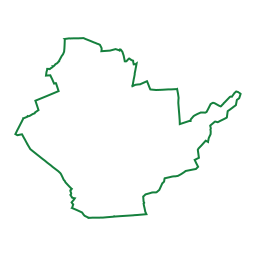 Bukaišu pag., Tervetes, Latvia (Mercator projection)
{"feature_id": "27541924B52538484652189", "entity_name": "Bukaišu pag.", "entity_type": "district", "adm_level": 2, "iso_a3": "LVA", "parent_name": "Latvia", "parent_adm1": "Tervetes", "projection": "mercator", "projection_center": [23.227, 56.415], "detail": "fine", "context": "isolated", "style": "outline", "palette": "green", "viewbox_px": 256, "rotation_deg": 0, "n_neighbors": 0, "source": "geoboundaries", "source_scale": "gbopen_adm2", "svg_char_len": 5153}
<svg xmlns="http://www.w3.org/2000/svg" viewBox="0 0 256 256"><path d="M53.3,66.2L53.4,66.3L53.0,66.6L52.5,67.0L52.1,67.4L51.8,67.6L51.5,67.8L51.2,68.0L50.8,68.2L50.0,68.9L49.9,68.8L49.4,69.1L48.5,68.9L47.2,68.9L47.1,70.0L46.5,71.9L46.0,75.6L47.1,75.5L50.3,75.3L50.7,76.3L50.8,76.3L51.2,77.2L52.1,79.0L53.0,81.1L54.1,83.6L55.9,83.1L56.0,83.2L58.6,91.1L46.9,96.0L35.4,100.7L37.1,105.8L38.5,110.1L38.2,110.3L35.1,112.4L35.0,112.5L34.7,113.3L32.8,114.0L32.1,114.4L30.5,115.4L29.6,115.9L28.2,116.3L27.8,116.2L27.6,116.1L27.4,116.4L27.3,116.6L27.1,116.8L26.9,117.0L26.7,117.0L23.8,118.2L23.6,118.2L23.4,118.3L23.2,118.3L23.2,118.6L23.1,118.9L21.2,122.7L21.1,122.8L20.0,125.0L18.6,127.7L18.5,127.9L18.5,128.0L17.6,129.6L15.4,134.1L17.2,135.1L17.4,135.2L17.6,135.2L19.8,134.7L22.0,134.3L22.6,135.4L23.4,136.9L24.4,138.7L24.9,139.5L25.2,140.1L26.2,142.0L26.7,142.9L27.1,143.6L27.2,143.9L27.3,143.9L27.9,145.1L29.0,146.9L29.8,148.3L30.2,149.0L30.3,149.1L30.5,149.3L31.0,149.7L31.5,150.1L32.1,150.6L34.6,152.6L37.1,154.6L38.9,156.0L40.5,157.3L42.8,159.1L44.8,160.6L47.3,162.7L51.0,165.5L52.6,166.9L58.0,171.0L58.5,171.4L58.8,171.7L60.3,173.1L61.0,174.1L62.8,177.8L63.7,179.8L64.1,180.3L64.5,180.6L64.9,181.2L65.1,181.7L65.6,182.5L68.0,185.1L69.6,186.8L70.6,187.8L71.4,188.6L71.7,188.8L70.9,189.7L71.1,189.8L70.3,190.8L71.2,193.3L71.1,194.0L70.4,194.9L71.9,197.2L71.9,197.4L72.1,197.4L73.0,198.0L74.8,198.3L74.0,199.5L72.1,201.8L71.6,202.4L72.5,203.7L73.2,204.4L72.1,207.9L72.0,208.0L72.7,208.3L75.8,209.6L77.6,210.4L81.7,212.3L81.9,212.4L82.1,212.5L83.6,214.7L83.8,214.9L84.5,215.7L84.7,215.8L84.8,215.9L88.1,217.5L88.6,217.6L88.6,217.9L92.0,217.7L95.8,217.7L102.0,217.6L102.8,217.6L107.2,217.2L113.4,216.7L113.6,216.6L113.9,216.4L114.0,216.6L119.5,216.2L130.4,215.5L133.5,215.3L133.9,215.2L137.1,215.0L146.4,214.2L145.2,211.5L145.2,211.2L144.4,207.4L144.3,207.1L143.8,204.9L143.7,204.0L143.6,203.5L144.1,203.0L144.2,202.9L144.2,202.7L143.9,202.2L143.6,201.6L143.5,200.4L143.2,196.6L143.5,196.2L143.9,196.0L144.8,195.1L145.5,194.4L148.4,193.6L149.8,193.2L151.7,192.6L151.9,192.6L152.0,192.5L152.3,192.5L152.7,192.4L153.0,192.4L153.5,192.4L154.1,192.4L154.7,192.4L155.8,192.4L156.4,192.3L156.6,192.2L157.0,191.9L159.3,189.9L161.1,186.0L162.3,183.3L162.6,183.1L163.8,181.9L164.0,181.7L164.2,181.0L164.4,179.5L164.4,179.2L164.7,178.3L164.8,178.3L166.4,177.9L167.4,177.7L168.2,177.5L169.2,177.3L172.0,176.6L174.1,176.3L174.8,176.3L175.5,176.3L177.9,175.9L181.2,174.1L184.4,172.0L185.6,171.0L189.6,170.2L193.1,169.5L195.9,169.0L198.1,166.8L196.2,163.1L194.7,159.9L198.9,157.8L197.8,149.8L198.5,148.5L201.5,145.4L205.7,140.7L207.8,141.8L208.0,141.9L208.0,141.4L208.1,141.1L208.3,140.6L208.4,139.9L208.7,138.3L208.8,138.0L208.9,137.8L209.1,137.3L210.5,134.4L210.6,134.1L210.7,131.7L210.7,131.2L210.5,130.0L210.4,129.7L210.6,129.1L210.8,128.4L210.8,128.2L210.3,126.1L210.2,125.8L210.2,125.6L210.3,125.5L213.4,122.9L214.8,121.7L215.2,121.6L215.4,121.6L217.7,122.2L218.8,121.7L219.4,121.3L224.1,119.0L226.6,117.7L226.8,117.5L226.9,117.1L227.6,111.8L227.7,111.2L227.8,111.1L228.0,110.9L229.5,109.9L233.0,107.3L233.3,107.0L234.5,106.2L235.9,105.1L236.6,101.4L236.8,100.1L236.9,99.9L239.1,98.3L239.2,98.0L239.3,97.9L240.6,93.9L239.0,92.6L238.9,92.2L239.0,91.9L238.9,92.0L238.6,92.2L236.2,91.5L234.4,93.1L234.0,93.7L232.0,96.5L231.9,96.7L230.5,96.6L229.8,97.0L224.6,102.4L223.7,103.2L223.3,103.9L222.5,104.6L222.3,104.8L221.1,106.2L220.7,106.4L219.0,105.7L214.8,103.3L213.7,102.9L212.8,102.9L212.6,102.9L210.6,104.1L208.3,108.7L206.6,111.9L206.5,112.0L206.4,112.0L205.4,112.6L200.8,112.5L197.4,114.0L194.9,115.3L193.6,116.1L192.5,117.4L190.7,119.5L190.6,121.0L189.2,121.0L179.8,124.1L179.7,120.7L179.3,115.1L178.3,103.0L178.4,100.1L178.6,97.9L178.0,93.7L177.1,89.0L176.9,89.1L176.5,89.1L171.1,89.4L168.3,89.4L161.8,89.8L156.1,90.0L150.7,89.5L150.3,89.4L149.0,86.3L149.0,86.2L148.5,84.9L147.1,81.4L147.0,81.2L140.3,84.2L140.2,84.3L137.7,84.5L135.4,84.8L132.4,86.2L132.3,85.9L132.5,85.7L132.8,84.5L133.8,78.9L134.1,77.6L134.7,74.5L134.7,73.4L135.0,71.9L135.4,70.0L135.7,68.2L136.0,66.8L136.3,65.1L136.6,63.4L136.3,63.6L135.7,64.2L135.4,64.3L135.0,64.3L134.8,64.3L134.5,64.1L133.7,64.3L133.6,63.9L133.5,63.4L133.4,62.9L133.3,62.6L133.1,60.7L132.7,60.6L132.4,60.5L132.2,60.4L131.9,60.3L131.7,60.1L130.9,59.8L130.8,59.6L130.5,59.5L129.5,58.6L129.3,58.5L129.1,58.5L128.1,59.4L128.0,59.5L127.2,60.4L127.0,60.6L126.6,61.1L126.3,61.3L125.7,61.4L124.8,61.3L124.8,61.2L124.0,57.3L123.6,55.4L123.3,54.6L122.5,52.1L122.3,51.7L121.2,50.2L120.7,49.6L120.4,49.6L120.2,50.0L120.0,50.3L119.9,50.4L119.8,50.2L119.7,50.0L119.8,49.8L119.7,49.6L119.3,49.9L119.2,50.3L115.6,49.1L110.0,50.6L101.4,51.2L101.6,50.0L101.6,48.9L101.6,48.2L101.2,47.3L99.9,44.8L98.4,44.1L98.1,44.0L97.4,43.8L96.9,43.6L96.0,43.2L95.3,42.9L93.9,42.4L90.6,41.0L86.8,39.5L85.5,39.0L83.6,38.1L79.0,38.3L78.9,38.3L76.1,38.3L71.2,38.4L70.4,38.5L69.8,38.4L68.9,38.4L64.7,39.0L64.8,39.1L64.6,44.7L64.4,48.5L64.1,51.7L63.0,54.3L61.7,56.0L59.1,60.8L59.2,61.1L59.0,61.4L58.9,61.4L58.6,61.5L57.7,62.7L57.1,63.3L56.8,63.4L56.0,63.9L55.5,64.1L54.4,65.5L53.6,66.2L53.4,66.2L53.3,66.2Z" fill="none" stroke="#15803d" stroke-width="2"/></svg>